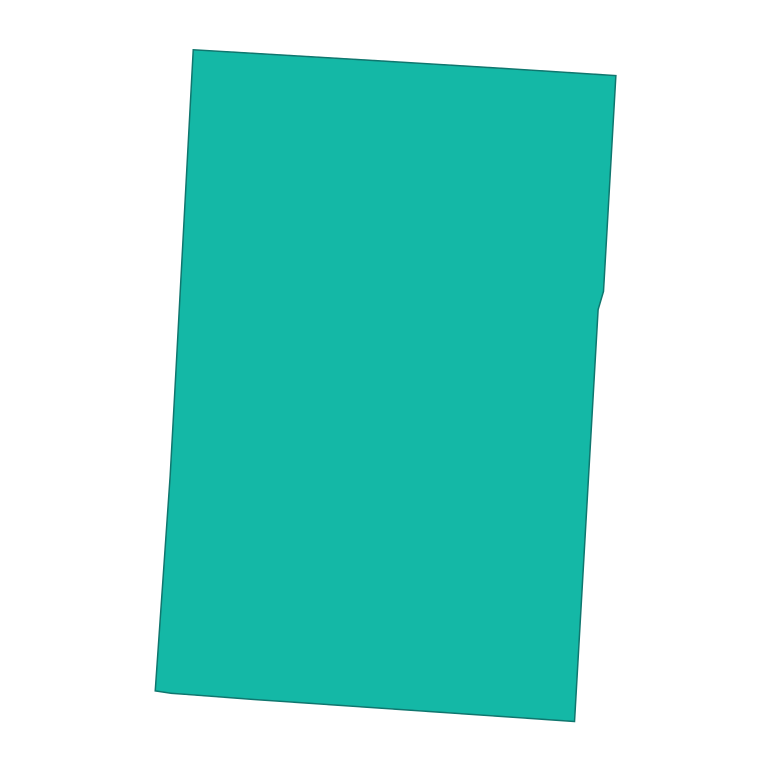 Macoupin, Illinois, United States of America (Equal Earth projection), rotated 4°
{"feature_id": "52423323B43896440461795", "entity_name": "Macoupin", "entity_type": "district", "adm_level": 2, "iso_a3": "USA", "parent_name": "United States of America", "parent_adm1": "Illinois", "projection": "equal_earth", "projection_center": [-89.97, 39.261], "detail": "fine", "context": "isolated", "style": "filled", "palette": "teal", "viewbox_px": 768, "rotation_deg": 4, "n_neighbors": 0, "source": "geoboundaries", "source_scale": "gbopen_adm2", "svg_char_len": 332}
<svg xmlns="http://www.w3.org/2000/svg" viewBox="0 0 768 768"><g transform="rotate(4 384 384)"><path d="M170.4,63.9L175.5,382.5L177.1,490.7L177.2,706.1L193.5,707.4L203.5,707.4L275.3,707.8L597.6,707.4L592.4,294.9L596.5,276.3L593.8,60.2L489.4,60.8L383.7,61.7L170.4,63.9Z" fill="#14b8a6" stroke="#0f766e" stroke-width="1.5"/></g></svg>